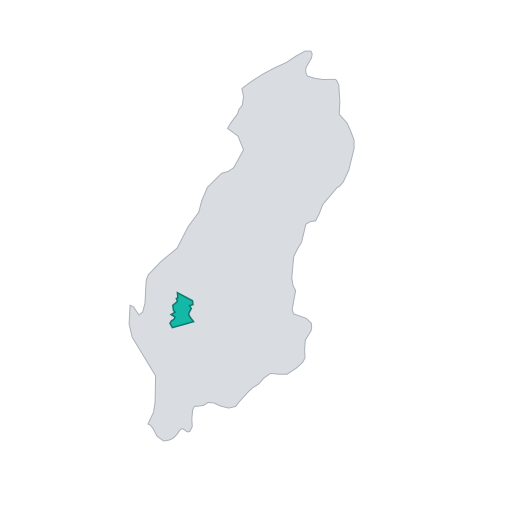 Mallakastër, Fier, Albania (highlighted), rotated 28°
{"feature_id": "67620474B72354996665991", "entity_name": "Mallakastër", "entity_type": "district", "adm_level": 2, "iso_a3": "ALB", "parent_name": "Albania", "parent_adm1": "Fier", "projection": "orthographic", "projection_center": [19.767, 40.529], "detail": "fine", "context": "in_parent", "style": "filled", "palette": "teal", "viewbox_px": 512, "rotation_deg": 28, "n_neighbors": 0, "source": "geoboundaries", "source_scale": "gbopen_adm2", "svg_char_len": 1845}
<svg xmlns="http://www.w3.org/2000/svg" viewBox="0 0 512 512"><g transform="rotate(28 256 256)"><path d="M171.0,156.7L171.3,149.9L173.0,139.0L172.1,135.3L173.1,129.1L170.0,120.8L164.9,114.8L169.9,104.2L177.1,91.5L183.9,81.4L192.0,70.8L197.4,60.7L203.2,52.0L208.2,49.3L210.7,51.2L212.0,55.0L211.7,66.3L213.4,70.2L216.8,73.0L224.1,71.6L232.2,68.8L243.0,62.8L244.9,63.2L248.9,66.3L257.3,79.9L263.0,91.8L274.0,95.9L280.2,100.6L288.1,107.6L292.0,114.7L297.6,136.6L298.3,149.8L296.8,155.8L295.5,157.4L290.8,179.0L292.0,189.9L292.1,197.1L287.9,200.0L285.1,204.6L289.8,222.5L289.3,230.1L289.6,238.9L298.0,258.8L302.9,265.0L307.2,267.9L313.0,286.2L316.3,289.4L329.8,287.5L336.4,289.4L339.1,293.7L339.7,296.7L339.0,307.0L342.4,314.9L347.1,323.0L347.1,328.0L344.2,336.2L338.9,345.8L331.8,349.6L323.9,352.8L320.2,360.2L318.3,368.1L314.8,374.0L312.7,380.4L309.4,393.5L308.7,398.3L303.3,403.1L295.0,405.1L287.5,405.6L282.4,407.9L279.9,412.4L275.1,416.0L272.2,417.6L272.3,421.6L275.8,429.9L279.8,436.6L279.9,442.0L278.0,443.5L271.9,442.9L270.6,444.9L269.9,450.9L268.3,456.1L265.8,459.2L261.4,462.7L253.4,461.6L245.8,456.5L241.8,454.9L239.5,455.1L238.9,442.4L235.6,432.6L223.6,408.9L184.9,385.9L175.8,375.5L171.8,366.8L167.9,358.6L171.7,358.4L175.5,360.5L180.3,363.0L182.3,358.9L180.2,349.9L170.4,328.9L169.7,323.2L174.6,305.7L182.7,286.0L182.3,262.1L184.9,244.2L182.1,232.5L180.9,218.1L186.8,199.1L191.8,194.4L194.9,188.4L195.1,168.1L183.9,158.6L171.0,156.7Z" fill="#d9dde1" stroke="#a8b0b8" stroke-width="1"/><path d="M208.8,342.9L211.0,343.5L208.5,347.6L213.1,347.8L213.3,350.4L211.8,352.9L211.6,355.8L215.8,358.5L231.7,343.3L227.1,341.2L224.5,339.7L223.5,337.8L223.5,332.7L220.6,331.1L223.2,328.5L220.9,325.3L203.8,325.3L206.7,329.7L205.6,330.9L208.0,333.0L205.7,338.7L208.8,342.9L208.8,342.9Z" fill="#14b8a6" stroke="#0f766e" stroke-width="1.5"/></g></svg>